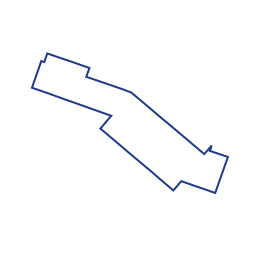 25 de Mayo, Chaco, Argentina, rotated 289°
{"feature_id": "61730980B17167733770144", "entity_name": "25 de Mayo", "entity_type": "district", "adm_level": 2, "iso_a3": "ARG", "parent_name": "Argentina", "parent_adm1": "Chaco", "projection": "mercator", "projection_center": [-60.005, -26.797], "detail": "fine", "context": "isolated", "style": "outline", "palette": "blue", "viewbox_px": 256, "rotation_deg": 289, "n_neighbors": 0, "source": "geoboundaries", "source_scale": "gbopen_adm2", "svg_char_len": 883}
<svg xmlns="http://www.w3.org/2000/svg" viewBox="0 0 256 256"><g transform="rotate(289 128 128)"><path d="M133.1,231.9L133.1,222.5L133.0,212.9L138.7,212.8L137.0,212.2L132.6,210.4L128.2,208.6L129.8,204.3L146.2,162.1L146.8,160.3L152.4,145.9L153.1,144.2L161.9,121.4L162.6,119.4L162.9,110.2L162.9,109.3L162.8,74.3L162.8,71.9L164.6,71.9L172.2,72.0L172.2,62.7L172.3,53.1L172.2,43.6L172.2,41.5L172.2,40.0L172.2,38.2L172.2,34.0L172.2,27.4L163.1,27.4L163.1,24.2L158.9,24.2L156.5,24.2L153.7,24.2L134.8,24.1L134.8,28.7L134.8,40.7L134.8,43.1L134.7,45.0L134.5,60.4L134.5,62.1L134.5,62.8L134.1,103.7L134.1,108.2L131.7,107.2L118.4,102.1L117.8,103.8L108.1,128.8L106.3,133.3L96.3,159.2L96.1,160.0L90.7,173.4L84.0,190.5L83.7,191.2L85.5,191.9L90.8,194.0L92.6,194.7L93.8,195.2L95.1,195.7L95.1,197.3L95.0,211.0L95.0,229.8L95.0,231.6L133.1,231.9Z" fill="none" stroke="#1e3a8a" stroke-width="2"/></g></svg>